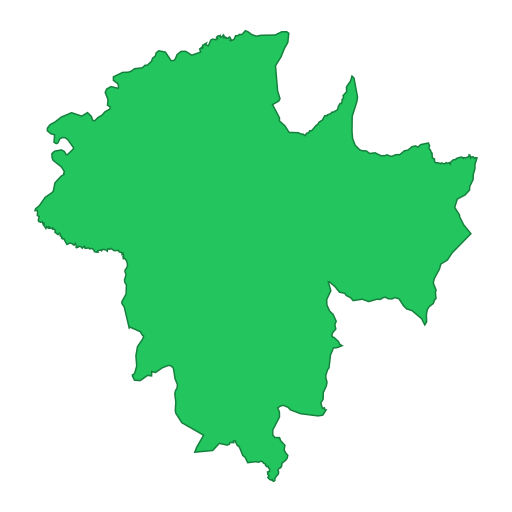 outline of Shiwang'Andu, Muchinga, Zambia
{"feature_id": "96606910B14962040673296", "entity_name": "Shiwang'Andu", "entity_type": "district", "adm_level": 2, "iso_a3": "ZMB", "parent_name": "Zambia", "parent_adm1": "Muchinga", "projection": "robinson", "projection_center": [31.599, -11.088], "detail": "fine", "context": "isolated", "style": "filled", "palette": "green", "viewbox_px": 512, "rotation_deg": 0, "n_neighbors": 0, "source": "geoboundaries", "source_scale": "gbopen_adm2", "svg_char_len": 5943}
<svg xmlns="http://www.w3.org/2000/svg" viewBox="0 0 512 512"><path d="M477.0,157.9L475.4,157.6L474.5,158.3L473.2,156.8L471.3,157.0L470.8,158.0L469.9,155.2L469.1,154.8L468.8,156.6L466.0,157.8L463.6,157.7L463.2,158.4L461.9,157.1L460.4,157.2L456.3,158.5L455.8,159.5L453.1,159.9L450.6,162.2L450.1,164.1L449.5,162.7L446.4,163.3L446.1,162.7L444.3,163.9L441.4,162.9L440.6,163.8L437.9,162.6L435.8,162.9L434.5,161.5L434.5,159.0L432.4,157.9L432.0,153.0L431.2,152.8L430.7,150.6L428.8,147.9L429.6,145.8L428.4,143.0L420.6,144.6L418.0,147.2L415.7,145.9L412.0,146.7L408.0,150.1L404.4,150.8L399.8,154.6L395.8,154.7L392.5,156.1L390.4,156.3L387.1,154.8L384.7,155.7L381.0,155.7L375.0,152.8L369.6,153.5L366.5,151.0L361.9,150.7L359.7,149.8L355.2,145.3L352.6,138.6L352.0,131.2L352.2,116.4L356.9,101.5L357.5,97.1L354.0,78.1L352.0,76.1L350.6,80.9L346.5,86.9L346.6,91.7L343.0,95.7L343.5,97.0L343.1,98.7L342.1,99.5L342.1,101.5L341.2,103.6L340.0,103.5L338.4,106.4L337.5,109.8L332.8,112.4L331.9,112.1L330.7,113.7L327.3,114.9L327.1,115.7L324.7,115.8L322.4,120.0L318.8,122.4L317.8,124.5L316.3,125.2L311.7,130.7L309.8,130.7L308.7,132.6L306.5,133.4L305.2,135.6L302.9,134.1L301.1,134.1L298.3,132.7L289.1,132.4L284.8,125.7L279.4,120.9L279.5,117.9L272.5,104.6L278.7,101.1L280.0,98.8L277.6,90.9L275.5,65.8L281.0,56.9L284.4,48.5L287.8,42.5L288.8,33.3L286.6,31.7L281.7,31.8L275.2,35.0L260.9,35.3L256.5,36.2L251.8,34.6L248.2,31.9L245.4,30.7L242.0,34.5L239.3,34.4L238.3,35.6L235.6,35.7L234.1,39.3L231.1,40.8L230.1,40.4L231.1,39.5L229.6,36.9L227.7,38.4L225.9,38.2L226.2,37.5L225.4,37.1L223.8,37.7L224.1,35.9L223.4,34.9L222.0,36.8L220.6,37.2L220.2,35.4L219.3,36.2L218.2,35.8L216.6,37.2L217.5,38.6L216.1,39.0L215.9,39.8L212.6,39.1L210.8,40.1L208.4,45.8L205.7,44.9L206.4,43.1L202.6,45.3L202.8,47.5L202.0,47.3L202.1,48.1L201.3,47.7L199.7,48.9L200.6,52.1L191.8,55.2L185.6,51.3L181.0,51.4L177.1,54.6L175.1,59.4L173.8,60.5L171.1,60.7L165.4,52.1L158.8,50.8L156.2,52.8L155.3,56.1L152.5,58.3L151.6,61.2L147.2,65.3L145.1,65.2L142.3,67.8L134.6,68.7L131.0,71.3L128.3,72.2L122.7,72.4L113.4,76.8L113.4,80.4L117.8,83.7L118.6,86.6L118.1,88.3L111.0,86.6L106.7,89.0L105.2,92.4L108.0,99.6L107.5,105.2L110.1,106.8L110.1,108.8L104.6,112.1L102.4,114.9L97.9,117.6L94.7,120.8L92.6,120.3L91.4,116.4L87.5,112.6L81.7,116.1L71.6,112.7L61.2,117.1L55.0,122.0L50.0,124.7L47.4,128.2L47.3,130.7L50.9,133.8L54.6,134.8L54.0,142.3L56.2,143.6L57.0,143.4L58.0,142.7L59.8,138.8L62.1,137.6L65.0,137.7L67.6,139.4L73.3,147.4L73.6,148.7L67.3,154.8L66.1,154.5L64.3,151.4L61.4,149.9L54.6,151.2L51.9,153.7L52.1,157.8L53.1,160.3L61.4,166.9L64.4,171.6L63.7,173.3L64.0,174.5L61.4,175.9L55.0,182.8L53.3,191.0L52.2,192.5L45.1,197.4L39.3,205.7L35.7,208.6L35.0,210.6L37.1,210.5L37.6,211.5L37.3,215.5L39.2,216.6L38.3,219.9L38.6,221.3L40.6,222.3L42.1,221.6L43.1,224.2L43.9,222.3L44.0,225.4L45.9,228.5L46.7,226.7L47.9,227.8L48.8,226.6L49.6,227.2L49.2,228.3L52.7,228.0L52.3,228.8L53.0,229.4L54.4,229.3L55.5,230.8L54.9,232.1L57.9,234.6L59.4,233.2L60.5,234.5L60.1,235.7L61.7,236.8L61.5,238.0L62.5,238.9L63.7,238.6L67.0,244.5L69.8,243.0L72.0,243.6L74.0,245.2L75.2,243.4L76.7,246.6L76.0,247.2L76.4,247.7L78.1,247.2L78.5,246.3L81.4,246.9L82.2,248.2L84.4,246.3L85.1,248.3L88.7,248.0L90.0,249.0L91.5,248.4L93.5,249.5L94.5,251.7L97.3,252.3L98.1,252.1L97.5,251.3L97.9,250.7L101.0,249.9L101.5,250.8L102.8,249.3L105.5,249.8L107.3,251.2L107.8,248.8L110.0,249.3L110.8,248.3L114.2,250.7L118.5,250.4L119.1,251.9L121.8,252.6L122.1,254.5L123.0,253.4L123.7,255.9L122.9,256.8L123.9,257.6L122.8,259.0L124.4,258.2L126.1,260.1L127.2,262.6L127.5,266.0L126.0,269.2L125.4,269.3L124.9,271.5L126.1,274.7L124.5,279.8L124.8,282.3L126.4,284.9L126.1,294.0L121.9,301.6L122.0,303.7L124.2,306.8L129.2,328.0L130.0,327.1L140.3,331.7L142.4,335.2L143.7,336.0L142.7,339.0L137.5,346.6L135.9,355.8L136.7,366.1L135.0,372.1L133.8,374.4L132.4,374.9L132.5,376.2L134.5,380.2L140.2,380.6L147.6,375.4L151.6,375.9L151.7,371.6L155.5,372.5L162.3,367.8L168.1,365.5L170.4,365.6L172.8,367.4L173.6,369.2L175.0,378.6L177.4,384.5L177.1,387.9L175.5,390.7L174.8,393.7L175.8,402.2L175.3,410.4L175.8,413.2L181.8,422.7L203.6,435.2L196.7,447.2L194.8,452.2L212.7,450.5L219.3,443.4L227.2,445.1L229.3,444.2L230.1,442.5L233.8,442.6L233.4,441.0L235.1,440.8L237.4,445.7L238.4,445.6L239.9,448.3L242.8,455.5L245.1,457.3L247.7,462.7L255.6,461.7L258.3,462.2L261.7,461.1L264.0,463.5L265.6,464.1L265.6,465.4L266.7,466.6L268.0,466.3L268.5,467.9L269.6,468.6L269.4,471.5L267.6,471.9L267.7,474.2L269.0,475.9L267.8,477.4L269.5,479.3L271.1,480.1L272.1,479.6L272.6,480.8L273.8,481.3L274.9,480.4L274.8,478.8L275.9,476.8L278.4,473.9L278.6,471.8L277.9,469.9L279.7,467.8L280.6,467.9L281.8,465.7L281.7,463.5L285.7,460.2L287.2,458.1L287.8,455.3L286.0,453.4L284.1,449.8L284.9,445.4L280.6,440.6L279.5,437.6L274.8,437.5L272.8,435.0L272.7,430.1L279.5,417.0L279.4,411.9L277.7,407.9L280.0,406.3L283.2,405.3L288.1,407.3L290.3,409.8L300.6,413.7L318.0,415.9L322.7,415.2L326.1,409.9L324.8,409.6L324.4,407.8L322.4,408.3L320.8,402.9L323.1,399.3L323.3,392.6L326.3,386.0L327.0,382.1L325.8,377.8L325.9,375.1L327.5,369.9L329.0,367.8L330.5,355.0L333.4,348.0L337.1,347.6L342.1,345.7L339.7,344.2L338.4,341.5L333.9,337.3L332.6,337.2L331.9,335.8L332.3,333.2L335.8,329.0L334.8,324.7L336.2,321.3L333.1,314.4L329.6,311.0L326.9,305.0L326.7,299.5L330.8,290.8L328.3,281.7L329.5,281.9L335.0,286.6L339.5,292.2L344.8,293.3L346.3,295.5L350.5,297.6L353.1,300.6L362.2,299.2L368.7,301.6L376.5,299.3L380.7,299.3L382.6,297.8L385.3,297.2L388.5,298.8L392.1,298.9L394.7,297.6L398.9,298.7L403.6,305.9L406.7,308.9L412.0,310.6L421.6,318.7L424.8,324.9L426.6,321.9L426.4,314.4L427.3,309.6L429.1,306.7L433.3,303.5L434.6,299.7L436.0,298.5L435.4,292.3L436.1,290.2L433.3,283.1L433.5,281.7L434.4,278.3L439.4,269.2L440.8,264.1L447.5,259.9L452.1,252.9L470.9,233.7L463.6,224.7L459.6,216.7L459.5,215.0L454.7,207.4L457.3,199.1L465.2,194.9L469.5,190.1L469.8,186.3L473.0,179.8L473.3,174.3L474.9,169.0L475.0,164.3L477.0,157.9Z" fill="#22c55e" stroke="#15803d" stroke-width="1.5"/></svg>